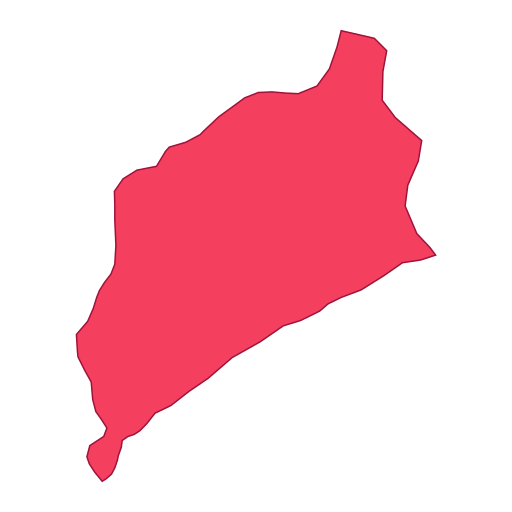 outline of Zygi, Larnaca, Cyprus
{"feature_id": "46923920B52343832655333", "entity_name": "Zygi", "entity_type": "district", "adm_level": 2, "iso_a3": "CYP", "parent_name": "Cyprus", "parent_adm1": "Larnaca", "projection": "orthographic", "projection_center": [33.335, 34.731], "detail": "fine", "context": "isolated", "style": "filled", "palette": "rose", "viewbox_px": 512, "rotation_deg": 0, "n_neighbors": 0, "source": "geoboundaries", "source_scale": "gbopen_adm2", "svg_char_len": 1124}
<svg xmlns="http://www.w3.org/2000/svg" viewBox="0 0 512 512"><path d="M102.2,481.3L106.0,478.9L111.5,474.1L114.8,467.9L117.4,460.3L118.3,455.7L121.3,447.3L122.2,440.5L127.9,436.5L134.2,434.4L139.9,430.7L146.8,423.6L155.0,413.2L170.9,405.5L189.2,391.2L208.0,378.4L232.1,357.6L260.3,341.7L283.3,325.8L300.6,320.5L319.8,311.0L328.0,303.9L341.2,297.4L361.1,289.9L384.1,275.5L402.5,262.7L420.6,260.0L429.8,257.0L435.6,255.1L430.0,247.6L416.8,233.6L405.1,206.0L407.8,185.2L418.3,161.0L421.7,140.6L395.3,117.6L382.2,100.2L382.9,71.5L386.7,50.7L374.3,38.3L341.2,30.7L337.0,47.1L329.4,68.9L317.0,86.0L298.2,93.7L285.9,93.1L271.8,91.9L258.3,92.5L244.8,97.8L218.9,116.7L203.9,130.8L200.2,134.6L185.9,142.2L169.3,147.1L165.6,151.2L156.5,166.3L137.0,170.1L123.1,178.8L114.4,191.3L114.8,204.1L114.8,220.0L115.9,245.3L114.8,264.2L111.0,274.0L104.6,282.3L99.4,290.6L96.7,297.4L93.3,308.4L87.7,321.3L76.4,334.5L77.5,352.1L78.0,356.9L81.6,364.1L84.5,369.9L91.2,382.0L92.7,399.4L95.8,411.5L101.3,419.3L106.9,428.0L103.8,436.4L89.8,445.6L86.9,456.8L89.3,463.8L94.6,472.0L102.2,481.3Z" fill="#f43f5e" stroke="#9f1239" stroke-width="1.5"/></svg>